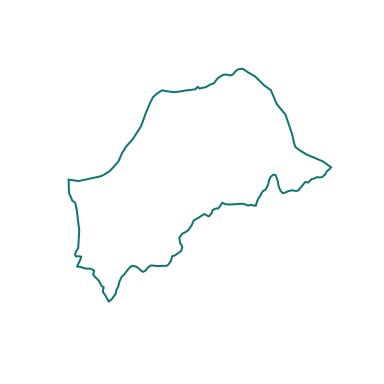 Papar, Sabah, Malaysia, rotated 23°
{"feature_id": "92858781B69342492648863", "entity_name": "Papar", "entity_type": "district", "adm_level": 2, "iso_a3": "MYS", "parent_name": "Malaysia", "parent_adm1": "Sabah", "projection": "robinson", "projection_center": [116.051, 5.607], "detail": "fine", "context": "isolated", "style": "outline", "palette": "teal", "viewbox_px": 384, "rotation_deg": 23, "n_neighbors": 0, "source": "geoboundaries", "source_scale": "gbopen_adm2", "svg_char_len": 2381}
<svg xmlns="http://www.w3.org/2000/svg" viewBox="0 0 384 384"><g transform="rotate(23 192 192)"><path d="M161.1,308.4L160.2,302.5L160.4,297.8L161.8,294.6L162.7,290.9L163.6,287.3L164.9,284.2L167.4,282.8L170.1,282.6L173.2,283.2L176.1,284.4L178.1,284.6L179.9,282.6L180.9,278.9L181.7,277.3L183.1,275.5L187.2,274.3L190.3,273.2L194.8,271.0L197.3,270.0L198.6,268.2L199.5,264.1L198.9,258.8L201.1,257.0L205.1,250.5L204.7,246.8L203.1,245.0L200.9,243.6L198.2,238.9L199.3,234.2L201.3,232.0L203.3,228.9L204.7,223.0L204.7,217.6L208.1,213.1L211.9,207.4L215.3,207.8L217.1,207.8L218.2,204.6L218.2,200.1L220.9,197.6L222.7,196.8L223.4,193.2L224.1,190.1L227.7,190.1L230.3,189.3L233.9,187.7L236.9,186.1L240.7,184.2L243.8,182.8L246.6,182.6L248.8,182.6L251.0,181.0L256.0,179.8L255.6,174.7L255.6,172.0L256.4,168.8L256.5,165.7L256.9,163.7L258.7,161.1L259.1,158.4L259.1,154.6L258.3,150.9L258.5,147.3L260.1,144.2L262.3,143.8L264.6,146.0L266.3,148.1L267.7,149.9L269.1,152.3L271.3,154.8L273.3,156.4L276.0,157.6L278.0,156.2L280.1,153.8L283.2,151.5L287.7,150.3L289.3,148.9L291.6,141.0L292.4,138.5L295.2,137.9L296.3,135.1L297.4,133.0L299.4,131.8L301.0,129.6L304.2,128.6L306.0,127.4L306.9,125.5L307.7,123.7L308.0,120.2L309.5,117.6L310.4,115.0L300.5,112.7L294.3,112.7L282.8,112.7L274.5,111.5L269.5,110.1L266.8,107.0L261.6,99.7L251.7,88.6L247.9,84.3L235.8,78.0L224.7,67.4L216.6,65.6L209.7,62.8L206.5,61.6L204.7,60.9L199.7,60.3L196.4,59.9L190.5,58.7L188.3,59.9L186.3,61.3L184.7,64.2L184.0,67.2L182.7,69.1L181.1,69.9L179.3,70.1L176.6,70.9L174.5,72.5L171.4,76.8L170.3,80.6L169.6,83.5L167.4,85.3L163.5,90.4L161.1,91.8L158.6,93.8L156.1,93.0L155.7,94.0L155.2,95.9L153.4,97.1L146.7,100.9L143.2,103.2L136.6,107.1L131.3,108.6L124.7,110.1L121.6,114.6L119.0,120.0L118.6,127.5L118.6,136.4L119.4,151.3L116.8,166.6L113.7,175.6L112.4,183.0L112.4,192.4L109.8,200.4L107.6,205.8L103.6,211.3L101.0,213.8L83.4,226.2L73.6,228.8L79.0,240.7L85.3,246.8L88.4,247.4L90.0,249.3L91.8,251.9L93.4,254.3L103.3,271.6L109.1,287.9L108.5,291.9L108.7,295.2L110.5,296.6L112.7,295.4L115.2,294.8L115.6,297.0L115.4,303.3L115.4,305.4L119.2,304.5L121.9,304.3L124.4,303.9L128.4,302.3L130.3,302.3L132.7,302.7L133.4,306.8L136.5,308.4L138.8,309.0L141.7,310.6L144.0,312.7L145.6,313.9L147.8,314.1L148.5,317.2L149.1,318.8L152.8,321.2L158.1,325.3L159.1,323.9L160.2,321.4L161.5,315.3L160.6,310.8L161.1,308.4Z" fill="none" stroke="#0f766e" stroke-width="2"/></g></svg>